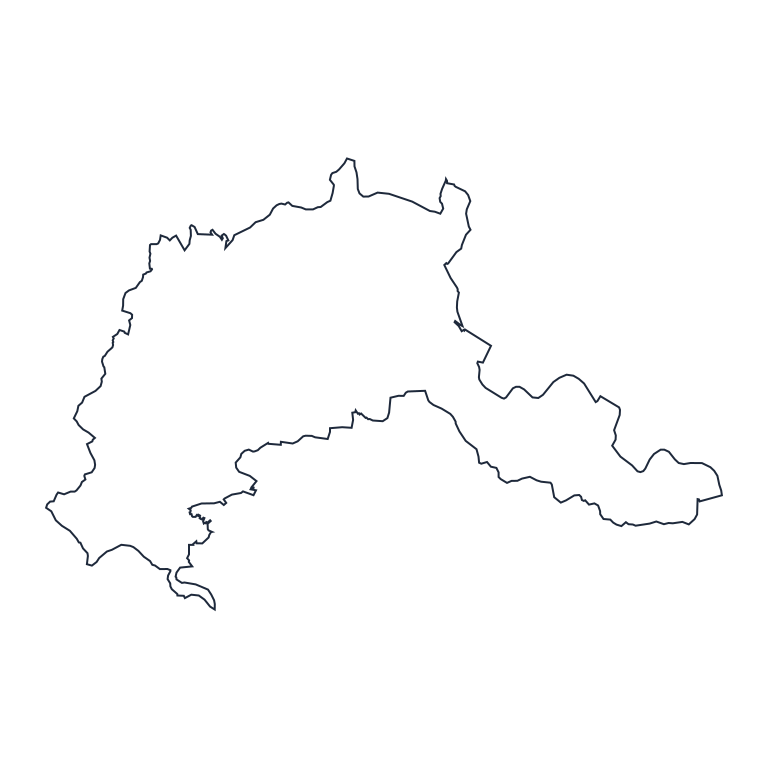 VAD, Cluj, Romania (Mercator projection)
{"feature_id": "2599482B24350957345977", "entity_name": "VAD", "entity_type": "district", "adm_level": 2, "iso_a3": "ROU", "parent_name": "Romania", "parent_adm1": "Cluj", "projection": "mercator", "projection_center": [23.717, 47.202], "detail": "fine", "context": "isolated", "style": "outline", "palette": "slate", "viewbox_px": 768, "rotation_deg": 0, "n_neighbors": 0, "source": "geoboundaries", "source_scale": "gbopen_adm2", "svg_char_len": 6079}
<svg xmlns="http://www.w3.org/2000/svg" viewBox="0 0 768 768"><path d="M256.5,481.1L249.8,475.9L239.1,471.8L236.2,467.6L235.7,462.6L240.4,457.3L241.3,453.9L244.7,450.8L248.8,449.6L253.0,451.6L254.6,451.4L257.8,450.2L260.4,447.7L268.1,442.9L268.4,443.8L280.8,444.8L280.9,441.8L292.7,443.5L297.7,441.3L303.2,436.3L305.7,435.7L311.8,435.9L315.1,437.3L327.7,439.0L330.0,431.9L330.0,428.2L342.2,427.2L351.6,427.8L353.1,419.9L352.3,412.7L355.3,412.2L355.7,410.4L357.9,413.7L358.9,413.2L359.6,414.5L361.1,413.5L365.6,417.9L366.5,417.6L368.1,419.2L369.7,419.0L372.8,420.5L382.7,421.2L387.4,418.1L389.1,412.6L390.5,397.7L398.5,395.8L403.7,395.9L405.8,392.7L407.8,391.5L425.1,390.8L428.3,400.4L429.5,402.0L433.5,405.0L441.6,408.6L450.3,413.9L452.9,416.8L455.6,421.6L455.7,423.5L459.4,431.4L465.7,440.9L476.5,449.2L478.5,456.6L479.1,462.7L481.3,463.7L487.0,462.0L490.9,466.7L496.4,467.9L498.6,472.4L498.6,477.0L500.7,479.1L507.0,482.9L511.5,480.9L517.4,480.8L522.0,478.6L529.9,476.8L536.6,480.3L541.1,481.7L550.5,482.7L551.8,484.5L554.2,497.2L560.8,502.6L566.0,500.4L574.3,495.4L579.2,495.0L581.1,496.8L581.9,500.0L583.8,500.9L585.2,500.3L589.0,504.6L594.4,503.4L598.1,505.5L600.1,511.1L600.2,514.2L603.5,519.0L610.3,519.6L613.2,522.6L616.5,524.6L621.4,526.1L625.9,522.2L628.5,524.2L632.8,524.5L635.6,525.7L649.6,523.6L656.3,521.5L663.9,524.2L668.6,523.0L672.8,523.3L682.4,521.9L688.8,524.4L694.6,519.1L697.1,514.5L697.6,499.1L698.9,499.4L699.7,501.4L721.9,495.3L721.2,490.5L719.3,484.8L717.4,475.8L714.2,470.8L710.4,467.2L702.0,463.1L690.5,463.0L683.9,464.1L678.7,463.0L674.8,459.3L668.9,451.8L664.4,449.7L660.6,449.7L654.0,454.0L649.7,459.5L645.3,468.6L643.3,471.1L640.4,472.1L637.5,471.3L632.1,465.4L620.4,456.6L612.2,445.7L615.6,439.6L615.8,435.4L614.1,430.2L619.7,415.0L620.0,409.9L619.1,407.4L600.4,396.2L597.4,401.1L595.7,402.1L584.1,383.5L578.7,378.8L573.4,375.7L566.6,374.7L559.4,377.8L553.4,382.0L543.0,394.8L538.3,398.0L532.5,397.4L524.1,389.4L519.5,386.8L516.0,386.8L512.9,388.3L506.1,397.4L504.0,398.6L501.6,397.8L485.6,387.9L482.4,384.5L479.3,379.5L478.9,377.2L479.6,369.9L479.1,367.0L477.3,363.2L477.9,361.6L482.9,362.6L491.0,345.8L465.0,329.5L464.3,330.6L463.7,329.9L461.7,331.2L458.7,326.0L454.6,322.2L455.2,321.0L460.3,324.9L462.5,326.1L457.4,311.7L456.9,307.5L457.2,301.4L458.9,292.6L457.6,291.0L457.7,289.2L457.0,287.6L450.6,278.0L444.3,265.0L446.3,263.1L447.2,263.9L448.1,263.5L456.4,252.1L461.2,248.6L461.9,245.0L466.0,234.7L470.5,229.8L468.8,226.5L466.1,213.7L466.8,209.3L470.3,201.1L468.1,195.0L465.1,191.3L455.7,186.8L454.6,185.9L454.1,184.5L447.1,183.2L447.0,180.8L446.0,179.1L445.8,180.6L442.1,188.9L440.5,193.8L440.7,196.1L439.6,198.1L440.2,201.8L442.0,203.7L443.2,208.6L440.3,213.7L434.8,211.7L429.9,211.0L412.2,201.6L389.0,193.8L377.6,192.6L368.6,196.5L363.3,196.6L359.5,193.4L357.8,189.0L357.5,179.1L356.5,172.4L354.5,166.4L354.4,160.9L347.0,158.5L344.4,163.3L339.0,169.5L336.3,171.8L332.4,173.1L331.1,174.8L329.9,179.8L333.8,184.7L333.9,185.7L332.6,193.1L330.4,200.7L327.3,202.1L320.7,207.0L317.8,207.2L313.0,209.4L305.8,209.4L301.2,207.5L292.3,205.9L288.5,202.4L287.2,202.7L285.1,204.5L281.4,203.6L279.3,204.0L276.6,205.3L273.1,208.5L269.8,214.7L263.4,219.8L255.6,222.2L250.1,227.5L234.3,235.2L232.6,240.1L225.4,248.1L226.4,241.1L228.3,240.4L226.1,235.7L224.7,234.5L223.9,234.0L221.7,235.6L222.8,238.3L221.9,239.8L219.9,236.8L215.5,233.7L212.5,229.8L211.1,230.6L210.5,232.3L212.1,234.7L197.8,234.1L194.6,227.0L191.6,225.2L190.8,225.6L189.7,227.9L190.7,229.8L190.9,235.9L189.7,240.3L189.4,243.9L184.6,250.3L176.1,235.6L172.4,237.7L169.8,240.4L167.1,237.7L160.7,235.4L160.0,239.9L158.2,243.4L156.7,244.1L151.1,244.1L150.0,245.0L149.6,251.5L150.4,253.7L149.5,257.7L150.1,260.9L149.3,263.4L149.9,268.6L151.8,268.8L152.0,269.4L150.5,271.3L146.5,272.5L145.8,273.6L143.2,274.6L143.0,277.2L141.8,280.8L139.9,282.1L135.8,287.9L129.0,290.4L125.5,293.0L123.2,299.2L123.1,305.6L122.2,310.6L130.4,313.2L132.1,314.7L132.0,318.1L129.1,320.4L130.3,325.0L128.1,334.4L124.7,332.8L124.3,331.6L119.5,330.0L117.3,334.0L112.9,336.9L113.7,338.5L112.7,340.3L113.3,342.0L112.7,342.8L113.1,345.0L112.4,347.4L107.5,351.7L104.8,355.9L103.3,356.7L102.3,359.1L102.0,361.6L103.5,366.4L104.3,367.3L105.3,373.8L101.4,378.6L101.8,381.7L100.6,386.1L95.5,390.9L84.5,396.8L82.1,402.6L78.4,405.8L77.3,411.2L73.8,418.4L76.7,421.4L78.6,425.0L83.1,429.4L88.6,432.6L94.9,437.9L92.8,439.7L92.3,441.4L87.0,444.1L90.4,452.9L94.4,460.3L95.1,464.8L94.6,468.0L91.7,472.3L84.9,474.4L84.3,475.9L85.4,479.5L81.9,482.0L80.5,485.5L76.5,490.4L74.7,491.6L70.6,491.6L64.1,494.3L58.1,492.5L56.6,494.6L53.7,501.3L50.1,501.6L47.2,504.4L46.1,507.8L51.3,511.3L55.8,520.3L61.9,525.8L69.9,530.8L76.8,538.8L78.8,542.4L80.4,542.7L83.0,548.4L87.5,553.2L87.9,556.0L86.9,564.2L91.9,565.6L96.6,562.0L99.2,558.0L106.9,551.5L111.9,549.8L121.3,544.8L130.1,545.8L133.4,547.1L138.4,550.9L143.8,556.7L150.1,561.1L152.3,564.8L155.0,565.5L159.9,569.1L167.4,569.0L170.4,570.2L170.4,571.2L168.1,575.5L167.6,579.1L170.2,583.3L170.4,586.4L171.8,589.2L177.3,594.0L177.4,595.5L183.8,595.8L184.9,598.1L191.3,594.7L198.8,595.5L204.5,599.6L210.1,606.6L214.7,609.5L214.8,604.1L214.1,600.3L211.2,594.5L208.0,589.6L195.7,584.4L184.5,582.5L181.9,582.9L176.5,579.4L176.3,577.4L175.6,576.7L176.5,572.6L180.1,567.6L192.2,566.4L188.8,561.9L189.1,560.4L187.1,558.2L189.0,554.4L189.0,544.9L193.3,544.9L193.1,544.1L196.3,541.3L196.6,543.3L202.3,543.4L208.6,537.5L209.3,534.9L211.0,532.1L212.0,531.9L208.6,530.4L207.8,529.2L207.6,523.8L210.7,521.0L210.1,520.3L207.5,522.6L206.3,522.0L205.7,523.3L204.6,522.9L203.8,523.5L203.1,521.3L204.4,518.1L203.4,517.7L201.8,519.4L200.6,518.9L199.7,518.2L200.2,517.3L199.5,516.6L200.0,515.6L198.3,514.7L197.8,515.7L196.8,515.0L195.6,516.9L192.9,516.9L192.1,516.3L191.5,514.1L190.1,514.2L189.6,512.4L190.4,512.0L190.7,510.2L188.8,508.7L191.2,507.9L192.0,506.6L201.5,503.5L214.1,503.3L219.9,501.8L223.8,505.0L226.2,502.9L223.7,499.4L224.6,498.5L231.9,494.6L241.0,493.0L243.0,491.4L253.5,495.2L256.0,490.3L250.6,489.3L251.3,488.0L254.4,487.8L251.8,486.9L256.5,481.1Z" fill="none" stroke="#1e293b" stroke-width="2"/></svg>